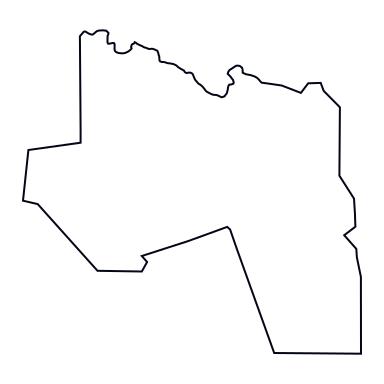 Maprik District, East Sepik, Papua New Guinea
{"feature_id": "67681753B82575638855477", "entity_name": "Maprik District", "entity_type": "district", "adm_level": 2, "iso_a3": "PNG", "parent_name": "Papua New Guinea", "parent_adm1": "East Sepik", "projection": "albers", "projection_center": [142.998, -3.65], "detail": "fine", "context": "isolated", "style": "outline", "palette": "ink", "viewbox_px": 384, "rotation_deg": 0, "n_neighbors": 0, "source": "geoboundaries", "source_scale": "gbopen_adm2", "svg_char_len": 1697}
<svg xmlns="http://www.w3.org/2000/svg" viewBox="0 0 384 384"><path d="M79.9,36.3L80.6,130.3L80.6,142.7L28.4,150.0L23.0,200.7L37.7,204.1L97.5,270.8L141.8,271.5L147.1,262.0L141.8,256.0L165.7,248.3L187.8,241.2L227.2,226.9L230.1,229.5L237.0,249.4L274.2,353.0L361.0,353.7L360.9,276.9L356.9,257.5L356.3,248.9L344.2,235.2L355.4,226.7L354.9,212.8L354.0,198.6L339.4,175.7L339.9,107.3L323.7,90.9L320.7,82.9L308.2,83.3L300.9,92.9L281.7,85.5L265.7,83.2L261.7,82.7L260.6,81.7L258.8,79.5L257.0,77.8L254.7,76.5L251.0,75.2L245.8,74.2L242.7,72.7L242.7,72.1L242.6,69.7L242.1,67.8L239.9,66.0L237.7,65.6L236.0,65.8L229.5,70.1L228.4,71.6L227.7,73.8L230.6,76.7L231.4,78.0L233.0,79.8L233.7,82.5L233.4,83.7L231.1,84.5L229.2,84.7L228.4,86.0L228.0,87.7L227.7,89.9L226.8,93.3L224.4,96.4L221.7,97.3L217.0,95.1L212.9,94.7L209.9,93.4L206.2,91.3L203.0,87.1L200.6,84.9L198.4,83.6L196.7,81.6L195.1,79.7L194.3,78.1L192.8,74.2L191.7,73.2L190.6,72.7L188.5,72.6L186.6,73.1L184.8,72.1L184.0,70.6L180.6,68.7L178.1,67.1L176.4,65.5L173.6,64.1L170.6,63.5L167.4,63.1L164.6,62.1L161.9,62.0L160.1,61.4L159.5,60.5L159.2,56.1L158.7,55.2L158.3,53.2L157.3,50.7L153.2,48.9L151.5,48.8L149.0,49.0L145.6,47.7L143.8,47.2L142.3,46.2L139.7,45.1L136.9,43.7L135.7,42.6L134.7,42.2L134.0,43.5L132.3,44.2L131.7,44.9L131.1,47.1L131.6,48.4L131.2,49.0L129.4,50.7L127.9,51.7L125.6,52.8L123.3,53.3L121.5,53.3L118.5,53.0L116.0,52.0L115.0,50.9L114.5,49.2L114.6,47.2L114.6,44.1L114.1,43.2L112.9,43.0L108.5,43.8L108.0,43.6L107.5,42.4L107.5,39.1L107.6,35.8L108.4,34.1L108.4,32.8L107.2,31.6L106.1,30.7L102.8,30.3L98.7,30.6L96.8,31.2L94.2,33.4L92.9,34.5L91.6,34.6L88.8,33.6L85.3,31.5L84.5,31.5L83.7,31.8L79.9,36.3Z" fill="none" stroke="#020617" stroke-width="2"/></svg>